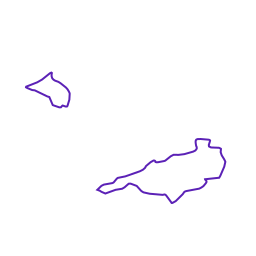 the border of Bremen, rotated 323°
{"feature_id": "DEU-1575", "entity_name": "Bremen", "entity_type": "State", "adm_level": 1, "iso_a3": "DEU", "parent_name": "Germany", "parent_adm1": "", "projection": "robinson", "projection_center": [8.734, 53.321], "detail": "fine", "context": "isolated", "style": "outline", "palette": "violet", "viewbox_px": 256, "rotation_deg": 323, "n_neighbors": 0, "source": "natural_earth", "source_scale": "10m", "svg_char_len": 1888}
<svg xmlns="http://www.w3.org/2000/svg" viewBox="0 0 256 256"><g transform="rotate(323 128 128)"><path d="M72.0,158.2L74.7,158.7L82.4,162.6L83.4,162.8L83.9,162.8L88.6,161.7L89.8,161.7L96.7,165.0L111.4,169.7L114.8,170.3L117.5,170.1L118.1,169.9L118.4,169.8L118.9,169.4L119.8,169.2L125.5,168.9L128.6,169.3L129.1,169.5L129.5,169.9L129.7,170.3L129.8,170.8L129.7,171.2L129.5,171.7L130.1,172.5L131.4,173.4L136.9,176.1L138.1,176.5L145.1,176.3L148.2,176.8L148.6,177.1L152.4,180.0L157.3,182.8L165.9,186.1L168.2,186.5L169.5,186.2L170.3,185.9L170.8,185.5L171.1,185.0L171.4,184.5L171.6,183.5L172.0,182.6L173.2,180.4L173.8,179.6L174.3,179.0L175.4,178.4L176.2,178.5L177.0,178.8L179.5,180.6L185.4,185.9L186.0,186.7L186.0,187.4L185.2,188.1L182.3,190.2L181.8,191.1L181.6,191.5L182.6,193.5L188.7,198.5L189.2,199.4L189.7,200.5L189.2,201.2L187.5,203.0L187.0,204.4L186.4,206.3L186.0,210.7L185.7,212.4L185.4,213.6L181.6,216.8L173.0,221.7L170.9,222.6L158.7,215.3L158.6,215.5L158.6,215.9L158.7,216.8L158.7,217.7L158.0,218.5L156.7,219.0L153.2,219.8L150.8,219.7L148.4,219.3L136.5,213.4L135.2,213.0L134.3,213.0L131.9,213.8L122.1,215.1L118.4,214.6L118.2,214.3L117.8,214.1L117.9,213.9L117.9,213.6L117.8,213.1L117.9,204.9L117.7,203.8L117.1,203.0L115.5,202.3L105.7,193.5L101.7,188.8L101.2,187.7L100.7,186.1L100.6,185.3L100.1,179.5L96.6,174.0L95.0,172.9L89.6,173.3L86.8,173.0L80.9,169.9L70.5,166.7L68.4,163.0L67.7,161.1L66.3,158.9L72.0,158.2ZM81.7,64.4L83.8,55.9L82.6,54.3L76.2,41.8L74.3,40.0L71.7,35.6L70.7,33.4L70.8,33.5L83.0,36.9L88.5,37.6L98.7,37.3L100.1,37.6L100.3,38.3L99.4,39.1L98.7,39.9L98.1,40.8L97.8,41.6L97.4,42.8L97.6,44.6L98.2,46.2L100.2,49.3L101.1,51.7L102.8,58.3L103.0,60.6L102.8,62.7L102.5,64.5L102.1,65.5L98.2,70.1L93.0,73.9L92.6,74.0L92.2,74.1L91.7,73.8L91.1,73.3L89.4,70.8L89.3,70.7L89.2,70.7L88.7,70.7L86.9,71.1L85.6,70.2L82.6,65.8L81.7,64.4Z" fill="none" stroke="#5b21b6" stroke-width="2"/></g></svg>